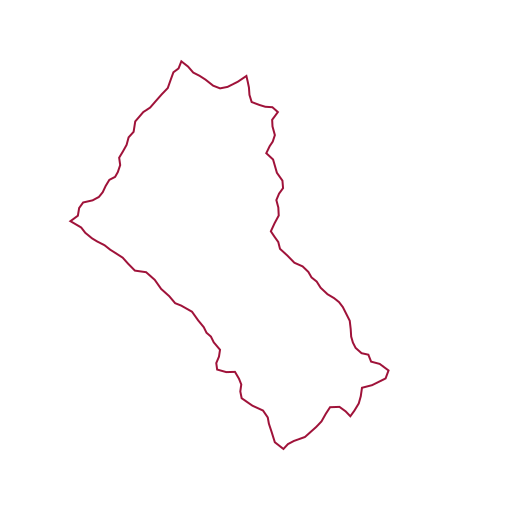 the district of Lupércio, São Paulo, Brazil, rotated 306°
{"feature_id": "56859067B18572891810080", "entity_name": "Lupércio", "entity_type": "district", "adm_level": 2, "iso_a3": "BRA", "parent_name": "Brazil", "parent_adm1": "São Paulo", "projection": "mercator", "projection_center": [-49.815, -22.439], "detail": "fine", "context": "isolated", "style": "outline", "palette": "rose", "viewbox_px": 512, "rotation_deg": 306, "n_neighbors": 0, "source": "geoboundaries", "source_scale": "gbopen_adm2", "svg_char_len": 1816}
<svg xmlns="http://www.w3.org/2000/svg" viewBox="0 0 512 512"><g transform="rotate(306 256 256)"><path d="M396.0,142.4L386.4,138.9L376.1,133.6L370.5,128.4L368.6,121.2L369.0,111.4L368.6,104.4L367.5,97.4L369.3,89.7L369.6,81.2L362.2,83.1L356.1,81.2L349.1,83.2L340.0,85.9L331.4,84.7L321.8,83.8L313.8,83.1L306.2,80.2L293.9,79.2L284.5,84.0L277.1,83.2L269.8,86.0L262.2,86.9L255.1,87.5L249.7,92.7L242.6,94.9L237.2,95.5L231.4,92.6L224.3,93.2L217.5,94.5L211.5,94.2L205.0,91.1L197.7,84.7L190.9,84.7L183.9,88.2L175.1,85.4L176.3,97.8L174.4,104.3L173.9,113.0L174.4,119.0L175.7,127.2L175.4,134.5L175.9,142.1L176.3,149.1L174.6,157.0L173.0,166.6L178.3,176.6L177.2,188.1L173.6,198.6L172.5,209.4L170.3,218.3L171.9,224.6L173.3,237.0L169.9,247.1L167.7,255.6L164.8,261.1L164.3,266.9L161.3,272.6L159.0,282.0L152.8,285.2L146.0,286.8L141.3,291.3L144.6,300.2L149.9,307.1L146.7,314.4L143.4,319.6L137.2,322.9L132.5,328.0L132.8,341.1L135.1,352.5L132.3,360.4L127.9,365.0L122.8,372.1L116.4,380.7L116.0,391.6L122.6,392.4L128.7,395.4L138.4,402.0L153.1,405.2L160.7,406.2L169.5,405.2L177.2,404.8L183.0,412.2L183.0,419.8L181.8,426.5L188.6,426.5L197.1,425.8L204.1,423.2L211.7,419.2L219.7,425.8L233.1,432.8L241.3,430.5L241.4,419.5L238.2,411.2L242.2,404.9L239.4,398.5L240.2,390.6L242.9,385.3L246.7,380.4L252.5,375.6L258.7,369.9L265.7,356.3L267.5,350.3L267.8,343.9L267.1,336.3L268.3,326.9L271.0,320.1L271.3,313.5L273.9,307.7L275.0,299.8L273.1,291.0L274.8,281.1L275.9,271.2L280.4,265.8L282.5,259.5L284.7,253.5L293.3,251.8L302.1,250.6L308.3,245.6L313.2,239.6L320.0,238.0L326.8,238.0L332.5,233.1L335.6,224.0L344.1,213.1L345.2,203.9L352.9,202.5L358.4,202.3L364.9,200.2L370.5,193.2L375.7,189.0L385.3,189.1L386.0,181.8L382.2,175.8L380.2,170.0L378.0,162.0L382.5,156.0L388.1,151.3L392.2,146.8L396.0,142.4Z" fill="none" stroke="#9f1239" stroke-width="2"/></g></svg>